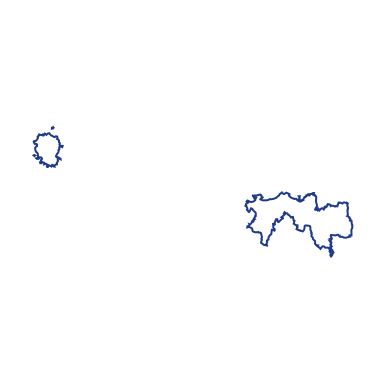 Gresik, Jawa Timur, Indonesia (Albers equal-area conic projection), rotated 280°
{"feature_id": "22746128B46933486274006", "entity_name": "Gresik", "entity_type": "district", "adm_level": 2, "iso_a3": "IDN", "parent_name": "Indonesia", "parent_adm1": "Jawa Timur", "projection": "albers", "projection_center": [112.501, -6.562], "detail": "fine", "context": "isolated", "style": "outline", "palette": "blue", "viewbox_px": 384, "rotation_deg": 280, "n_neighbors": 0, "source": "geoboundaries", "source_scale": "gbopen_adm2", "svg_char_len": 6028}
<svg xmlns="http://www.w3.org/2000/svg" viewBox="0 0 384 384"><g transform="rotate(280 192 192)"><path d="M209.2,314.6L210.0,314.2L210.4,312.9L210.1,312.8L210.4,312.4L212.2,312.4L212.2,312.0L211.8,311.0L210.9,310.8L211.1,310.6L210.2,308.0L209.7,308.2L209.8,307.6L209.1,307.7L209.2,307.2L209.6,307.3L209.6,306.5L209.1,306.5L208.8,305.6L208.4,305.9L208.1,305.4L207.8,305.6L208.0,305.3L207.2,305.0L206.7,304.5L207.0,304.2L206.5,303.6L204.1,302.9L203.5,303.2L202.2,301.5L203.0,301.5L201.7,300.1L202.2,299.9L201.7,299.8L201.8,298.6L206.5,298.9L206.3,298.0L205.8,298.5L204.4,298.7L201.8,298.5L202.3,297.0L203.4,296.1L203.1,294.3L202.9,294.0L203.7,290.5L204.9,288.4L205.6,288.0L206.2,288.5L206.9,288.3L207.7,285.1L205.9,283.0L206.4,281.5L207.2,280.6L205.5,279.2L205.3,278.8L203.7,278.3L200.6,275.6L199.2,273.0L198.5,270.9L198.5,269.7L197.3,268.4L196.6,266.2L196.1,263.1L196.6,260.6L197.5,260.8L198.2,262.0L199.0,262.5L199.7,261.3L200.7,260.9L200.7,260.4L201.2,260.1L201.3,259.4L199.5,255.7L199.6,254.9L199.2,253.6L198.8,253.2L198.9,252.7L198.4,252.8L198.2,253.7L196.4,254.5L196.3,255.1L197.7,255.8L197.6,256.2L195.8,255.6L194.9,255.7L193.3,254.2L192.4,252.1L192.4,250.0L192.8,249.9L193.2,248.0L192.1,247.4L191.0,248.8L189.6,247.3L187.6,247.1L187.6,248.1L186.7,248.4L185.5,249.4L184.1,249.3L184.2,249.7L182.6,250.8L182.2,251.7L182.8,252.1L186.2,253.0L185.9,254.3L185.4,254.6L184.0,256.2L183.1,257.7L182.2,258.5L179.9,258.9L179.7,258.5L178.9,258.8L178.3,258.2L177.8,258.2L176.9,257.7L176.4,258.3L176.3,257.9L175.7,257.5L175.4,257.9L175.0,257.7L175.1,257.2L174.7,257.1L174.4,257.5L174.2,257.1L174.0,257.4L173.1,257.1L173.1,256.3L171.5,255.8L169.9,254.6L170.0,254.3L169.7,254.5L169.2,254.2L167.7,252.5L166.7,252.6L167.6,254.4L166.7,257.2L165.9,257.8L164.2,258.3L163.6,259.2L163.3,261.9L164.1,264.1L163.6,264.5L163.9,266.3L163.6,267.0L159.6,268.8L157.9,268.4L157.0,269.2L155.3,268.8L154.0,268.8L152.4,272.1L152.3,275.3L152.6,275.3L153.3,274.0L155.3,274.8L157.2,274.2L158.5,275.6L159.8,275.2L162.0,275.7L163.1,276.3L164.2,277.4L168.6,277.2L168.6,279.1L168.2,279.8L168.5,280.1L169.9,279.8L170.2,278.8L170.7,278.4L174.6,277.4L174.7,277.9L174.1,278.8L174.5,279.3L176.2,278.7L179.8,279.6L180.0,280.7L177.6,281.6L177.5,282.5L180.8,285.0L181.8,286.1L182.4,285.9L182.7,284.5L186.2,287.4L186.6,287.3L186.9,286.2L188.2,286.7L187.4,288.3L187.4,289.7L186.3,290.6L186.0,291.8L184.1,294.0L184.2,294.6L184.9,295.0L185.0,295.7L181.6,297.1L181.4,297.9L178.4,297.7L177.4,300.0L177.5,301.7L175.7,302.0L175.7,301.5L175.2,301.7L173.5,301.4L173.2,303.0L172.6,305.1L173.0,305.2L172.4,307.9L174.0,308.9L176.1,309.1L177.7,308.8L178.7,309.4L179.0,311.3L179.0,313.3L178.6,314.4L175.1,315.3L172.9,316.8L172.4,316.4L172.0,316.5L171.4,317.3L170.8,317.4L169.9,317.1L169.0,317.5L167.9,319.0L166.8,319.2L165.9,320.3L165.3,321.5L163.2,322.2L162.5,322.1L161.2,323.6L161.3,325.4L160.3,325.0L159.4,327.0L158.3,328.4L160.3,329.4L161.2,330.2L161.2,331.7L160.3,332.9L160.8,335.6L160.5,336.5L158.5,338.0L157.3,337.8L156.3,339.2L153.6,339.3L152.7,340.1L153.4,340.5L153.4,339.9L154.3,339.9L154.2,340.7L155.0,340.5L155.3,341.2L157.1,341.8L157.8,341.3L157.7,340.6L158.1,340.6L158.2,340.2L158.4,340.5L159.1,340.3L159.2,339.7L160.7,338.7L162.5,338.6L162.1,337.8L163.3,337.8L162.9,338.1L163.0,338.7L164.4,337.4L165.1,338.0L166.6,338.1L167.2,337.4L166.9,336.9L168.0,335.9L168.0,336.6L168.4,336.8L168.6,336.4L168.9,337.2L169.6,337.5L169.8,337.1L169.9,337.7L170.4,337.8L170.9,337.7L171.9,336.6L172.7,336.3L173.8,336.4L174.2,341.0L175.1,342.5L175.2,343.3L174.6,344.1L174.7,344.9L174.1,344.9L174.0,345.4L173.6,345.6L174.0,348.1L173.5,349.2L173.6,351.2L175.2,354.8L175.3,354.6L176.6,354.6L176.9,356.6L182.7,355.5L184.1,356.0L186.3,355.9L186.4,355.6L187.6,355.5L188.2,354.9L191.1,354.2L191.3,352.4L191.6,352.4L191.7,353.1L192.0,353.2L193.3,352.3L193.5,351.6L194.3,351.5L194.4,350.8L195.2,350.0L195.3,349.0L196.0,349.4L196.8,349.4L201.0,348.2L201.6,348.6L202.3,348.3L203.3,348.5L205.7,347.2L207.8,347.4L208.3,346.4L207.9,346.3L208.2,343.6L207.8,342.9L206.8,342.2L207.3,339.5L206.8,339.0L207.0,338.2L204.6,337.9L204.5,337.6L203.1,337.6L203.0,335.6L202.5,335.3L203.0,333.3L202.6,332.0L202.9,331.2L202.5,330.9L203.5,330.4L203.7,327.9L203.1,327.5L202.5,327.8L200.8,327.1L200.9,326.1L200.2,326.1L200.2,325.2L198.7,325.3L197.8,324.9L198.6,324.1L198.7,323.5L198.2,323.1L198.3,322.2L197.0,321.4L197.2,321.1L196.9,320.5L195.8,320.4L196.1,318.9L196.9,320.1L197.0,319.6L197.6,319.1L196.4,318.7L197.1,318.3L196.0,317.2L195.9,316.7L196.0,316.3L196.7,316.4L200.0,317.6L204.2,315.8L208.9,315.2L209.2,314.6ZM217.5,30.7L215.0,29.2L214.7,27.7L214.2,27.4L213.1,27.8L212.7,28.5L212.1,28.8L212.3,30.5L211.5,31.3L210.2,31.3L209.9,30.7L208.6,30.0L206.8,30.1L204.6,31.3L203.8,32.7L202.7,33.6L200.0,34.2L199.7,35.1L199.8,37.7L199.0,38.4L198.0,38.4L197.2,37.7L195.5,38.5L195.2,39.0L195.5,39.3L195.0,40.2L195.2,41.2L194.8,41.5L193.6,41.6L194.5,42.9L194.0,44.5L193.5,44.9L192.3,44.5L191.7,44.7L191.5,45.4L191.9,45.9L193.3,45.7L193.6,46.0L192.7,49.1L194.5,49.6L194.2,50.9L193.5,50.7L193.1,51.3L193.1,52.3L194.0,52.0L195.1,52.6L195.8,54.2L197.2,53.8L199.4,54.7L200.2,54.2L201.7,54.0L202.0,54.9L201.3,57.0L201.8,56.9L202.3,55.9L202.2,55.1L202.9,54.7L202.8,53.4L203.2,52.9L202.9,52.5L203.4,51.9L204.1,51.9L206.5,52.7L207.5,53.4L208.7,53.6L210.2,53.2L211.0,54.0L212.8,53.4L213.7,53.7L213.9,55.2L213.6,56.4L214.9,56.6L214.8,55.0L214.1,54.6L214.2,54.0L215.2,53.9L215.7,53.2L217.0,53.4L218.0,52.3L219.5,52.1L220.6,50.9L220.8,49.9L222.1,50.1L223.2,49.6L223.2,48.2L222.2,47.1L222.2,46.6L223.1,44.6L223.1,43.8L224.4,41.8L225.1,41.3L224.5,39.8L223.0,38.7L224.0,36.9L223.3,36.5L222.9,35.5L222.1,36.2L221.8,36.0L222.0,33.1L221.8,32.5L222.2,31.8L222.1,31.4L221.0,31.5L220.0,30.4L219.5,30.3L219.0,30.8L217.5,30.7ZM198.4,35.3L198.7,33.9L198.2,32.7L197.8,33.2L197.8,34.8L198.4,35.3ZM194.7,38.6L195.1,37.5L195.0,37.2L194.0,37.6L194.2,38.5L194.7,38.6ZM231.7,44.1L231.0,43.9L230.9,42.9L230.0,43.0L230.6,44.3L231.4,44.5L231.7,44.1ZM200.7,31.2L201.0,30.2L200.6,29.7L200.1,30.6L200.7,31.2Z" fill="none" stroke="#1e3a8a" stroke-width="2"/></g></svg>